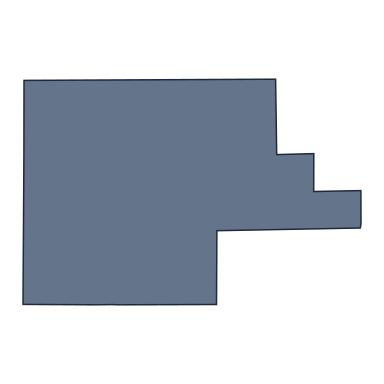 the district of Fulton, Indiana, United States of America
{"feature_id": "52423323B46497770256084", "entity_name": "Fulton", "entity_type": "district", "adm_level": 2, "iso_a3": "USA", "parent_name": "United States of America", "parent_adm1": "Indiana", "projection": "mercator", "projection_center": [-86.178, 41.041], "detail": "fine", "context": "isolated", "style": "filled", "palette": "slate", "viewbox_px": 384, "rotation_deg": 0, "n_neighbors": 0, "source": "geoboundaries", "source_scale": "gbopen_adm2", "svg_char_len": 317}
<svg xmlns="http://www.w3.org/2000/svg" viewBox="0 0 384 384"><path d="M275.6,79.2L24.0,80.4L23.9,155.2L23.0,304.4L95.8,304.8L111.4,304.6L119.6,304.8L216.5,304.5L216.9,230.7L360.3,228.0L361.0,223.9L360.9,190.6L313.7,191.5L313.8,153.6L276.7,154.6L275.6,79.2Z" fill="#64748b" stroke="#1e293b" stroke-width="1.5"/></svg>